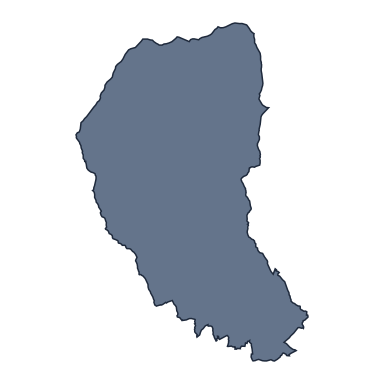 the district of Vaideeni, Vâlcea, Romania
{"feature_id": "2599482B16463900446430", "entity_name": "Vaideeni", "entity_type": "district", "adm_level": 2, "iso_a3": "ROU", "parent_name": "Romania", "parent_adm1": "Vâlcea", "projection": "natural_earth1", "projection_center": [23.883, 45.229], "detail": "fine", "context": "isolated", "style": "filled", "palette": "slate", "viewbox_px": 384, "rotation_deg": 0, "n_neighbors": 0, "source": "geoboundaries", "source_scale": "gbopen_adm2", "svg_char_len": 5976}
<svg xmlns="http://www.w3.org/2000/svg" viewBox="0 0 384 384"><path d="M296.2,350.6L295.2,349.9L292.9,349.4L289.7,347.1L286.5,343.7L284.0,342.3L289.4,337.7L290.7,335.9L293.7,333.1L298.0,327.7L299.2,327.5L301.5,328.2L302.3,327.9L303.4,328.5L303.7,327.0L303.2,326.3L303.2,325.8L302.2,324.3L302.3,322.7L303.1,321.7L303.2,320.6L304.2,320.4L305.5,319.6L305.8,319.1L307.9,317.3L308.0,315.9L307.3,315.4L307.4,315.0L306.5,315.0L306.8,311.8L305.6,311.1L303.7,311.2L302.2,310.1L301.2,309.8L300.3,308.8L300.2,306.5L299.9,306.1L298.2,306.0L296.0,304.8L294.7,303.6L292.9,302.9L291.0,301.1L291.1,300.0L290.3,298.1L290.0,296.0L289.2,295.0L288.9,292.5L287.8,290.5L284.7,281.7L282.5,279.7L279.7,276.2L277.9,275.3L277.8,274.1L279.2,272.5L277.5,271.2L276.1,270.9L276.0,270.7L276.4,269.8L275.2,268.8L273.2,274.2L271.0,271.6L267.7,264.4L267.4,263.3L267.6,261.9L267.2,260.6L264.5,256.9L262.6,253.4L259.8,252.7L258.3,251.0L257.7,249.9L257.5,248.1L255.7,246.8L255.8,243.8L254.7,242.7L254.5,241.0L253.2,239.7L251.6,239.1L250.0,237.6L248.9,237.1L247.8,234.7L247.2,232.2L247.3,231.0L247.9,228.5L247.7,227.3L247.9,226.1L248.4,225.3L248.2,224.6L247.6,224.2L248.2,223.8L248.6,222.8L246.9,220.9L247.2,219.1L246.9,215.5L247.1,214.9L248.3,212.6L249.3,212.0L249.7,211.0L251.0,209.5L251.2,208.2L250.4,205.9L249.6,200.9L248.9,200.2L247.3,197.2L246.4,196.5L245.8,195.6L245.7,194.3L246.1,192.5L245.8,192.1L246.0,191.2L245.4,189.1L245.5,188.6L244.3,186.6L243.0,183.5L241.6,181.3L241.6,180.8L241.1,179.9L241.1,179.0L241.8,178.0L243.7,176.4L246.1,175.4L247.2,174.4L247.8,173.0L248.9,171.6L249.3,168.2L249.5,167.8L250.2,167.8L250.8,167.2L252.0,166.8L254.6,167.2L255.6,166.5L259.7,165.1L260.1,163.0L260.1,160.1L259.5,158.7L260.2,157.4L260.3,156.7L259.9,155.8L260.4,154.8L259.8,151.4L258.6,149.4L257.3,145.6L257.5,144.7L257.3,144.0L259.4,139.5L259.4,136.7L258.5,135.0L258.4,134.4L258.9,131.3L259.2,130.5L259.1,129.2L260.2,124.3L261.0,116.9L261.7,115.3L262.9,113.7L268.6,107.7L266.4,107.5L262.8,105.2L262.2,104.6L259.0,99.2L259.0,98.6L259.9,95.5L259.3,93.9L260.2,92.7L261.4,90.1L261.9,87.7L262.6,85.6L262.9,83.3L261.8,73.9L261.2,70.7L261.2,68.7L261.5,67.3L261.6,64.7L261.3,63.8L261.3,62.3L260.6,60.1L260.6,56.2L260.1,53.2L256.8,47.3L255.9,44.7L254.6,42.9L254.6,39.3L253.9,37.0L253.8,34.6L254.1,33.7L252.4,32.6L250.7,30.9L249.3,28.5L246.9,25.2L246.3,24.8L242.0,23.5L239.8,23.6L234.9,23.0L232.3,23.7L225.7,26.9L223.1,27.7L220.5,27.8L218.0,26.8L216.8,28.4L215.0,29.5L211.7,33.8L210.2,34.9L207.4,36.2L201.9,37.5L199.9,38.6L198.7,39.8L194.3,38.9L192.5,38.9L190.6,39.6L189.2,41.6L178.9,37.2L177.1,36.9L175.8,38.4L171.9,41.7L168.9,43.0L166.2,43.8L164.0,44.0L162.1,45.1L159.2,45.1L157.9,44.1L156.5,43.5L153.8,41.6L152.5,40.2L150.2,39.9L147.6,39.1L142.8,39.1L141.3,41.2L135.4,47.5L130.7,48.8L128.6,49.9L125.2,54.4L123.0,58.9L121.2,61.5L117.4,64.4L115.7,66.5L115.4,68.7L113.2,73.1L112.3,77.2L110.5,79.2L107.2,81.9L105.0,85.2L104.9,87.3L104.1,89.9L101.3,93.0L100.6,94.9L100.2,96.1L100.5,98.0L99.6,100.0L99.1,100.8L97.4,102.1L95.7,105.0L93.8,107.1L86.6,116.7L84.6,118.6L83.2,120.7L81.0,122.7L80.3,129.0L79.5,131.3L78.8,132.3L77.4,132.7L76.0,134.8L76.5,136.6L76.3,137.3L76.5,138.2L79.5,142.2L79.8,143.6L80.9,145.6L81.2,148.0L82.6,151.2L82.2,152.1L82.5,153.5L83.2,154.8L83.2,158.3L84.6,160.1L84.7,161.3L85.4,161.4L85.1,161.7L85.6,162.1L86.2,163.9L86.8,168.0L88.0,169.8L89.3,170.9L90.9,172.0L93.3,172.7L95.0,173.7L95.2,174.1L95.2,174.9L96.0,176.2L96.1,178.0L95.9,179.7L94.5,185.9L93.9,187.4L93.6,189.7L92.6,190.6L93.4,191.1L94.3,192.5L94.7,194.9L94.6,197.4L96.0,200.3L96.2,202.1L97.6,203.7L98.5,205.5L98.7,207.1L101.3,211.0L101.3,211.4L100.5,212.3L100.4,213.0L101.2,215.4L102.1,216.8L103.8,217.4L104.9,218.3L105.7,220.9L106.4,222.5L106.2,225.0L106.6,227.2L105.4,228.6L105.6,229.2L107.2,230.1L108.4,231.2L109.2,233.6L110.9,234.3L112.1,235.4L112.3,235.8L112.5,237.8L113.1,238.7L115.6,239.6L117.7,240.6L118.1,241.2L118.3,242.8L118.8,243.2L120.2,243.4L121.6,244.3L122.2,245.3L124.9,245.3L125.5,245.9L126.0,247.5L126.9,248.6L129.5,248.7L130.7,249.2L132.7,251.5L133.7,252.0L135.5,254.2L137.0,257.3L135.7,260.2L135.6,260.9L136.1,261.7L137.1,264.0L137.5,266.3L137.5,268.2L138.2,269.8L138.5,271.1L139.0,271.7L139.1,274.5L139.4,274.7L140.9,274.6L141.8,275.4L143.0,276.0L145.1,278.4L145.6,279.3L148.0,284.4L148.1,287.1L148.7,289.3L150.4,291.8L150.6,292.9L152.8,296.9L153.7,299.6L154.3,300.6L153.9,302.2L154.8,305.0L155.5,305.3L156.3,306.1L160.7,304.8L161.0,305.1L162.5,304.6L165.7,302.4L166.3,303.0L168.1,301.9L172.3,300.5L174.1,304.3L175.3,305.4L176.3,306.9L176.8,310.9L177.5,312.1L177.9,313.6L177.7,314.9L177.0,315.8L177.4,317.0L179.7,317.6L182.0,320.5L182.5,320.0L183.0,320.4L186.4,319.9L189.2,318.6L191.3,318.5L195.0,319.4L195.2,319.7L194.7,321.6L195.3,323.4L194.6,323.8L195.3,324.8L195.5,325.7L195.4,326.1L194.7,327.3L195.0,328.4L194.5,329.2L194.8,330.9L194.7,331.6L195.0,332.3L197.2,334.7L196.7,336.0L197.0,337.1L199.7,334.9L200.5,332.2L201.4,330.1L203.1,328.7L205.4,325.8L207.9,324.7L207.8,325.5L208.2,326.1L210.7,326.0L211.9,326.5L212.2,327.0L212.9,328.7L212.8,330.7L213.2,332.4L213.0,334.3L213.9,335.9L214.4,337.6L216.1,341.0L216.9,340.5L216.1,339.1L217.8,338.6L217.5,336.2L218.5,336.4L218.8,338.6L219.6,339.4L227.1,335.4L227.7,335.9L228.7,337.4L228.4,339.2L228.5,340.1L228.9,340.8L228.5,341.7L228.6,342.4L228.0,344.8L227.4,346.3L227.8,346.5L231.4,346.1L232.9,346.9L234.7,346.8L234.6,347.4L235.2,347.5L235.0,349.1L236.7,349.1L237.0,348.4L240.3,348.7L240.2,348.1L241.4,346.2L244.9,346.3L245.5,343.0L247.0,343.4L247.6,341.4L248.9,341.2L249.6,340.6L249.5,342.2L251.4,343.9L251.3,345.1L252.1,349.0L252.6,353.8L252.6,354.0L251.4,354.1L251.1,357.0L252.2,359.7L253.0,360.9L255.2,360.6L256.7,359.9L258.7,359.4L262.4,360.7L264.4,360.9L266.7,360.9L271.0,359.7L273.1,360.8L274.5,361.0L277.3,359.3L279.9,357.2L280.3,356.8L280.6,355.6L281.6,355.3L282.2,354.0L283.0,353.1L283.8,353.1L286.2,354.4L286.4,355.2L286.8,355.6L289.1,355.8L289.4,355.8L289.2,355.4L288.4,355.2L290.8,353.4L296.2,350.6Z" fill="#64748b" stroke="#1e293b" stroke-width="1.5"/></svg>